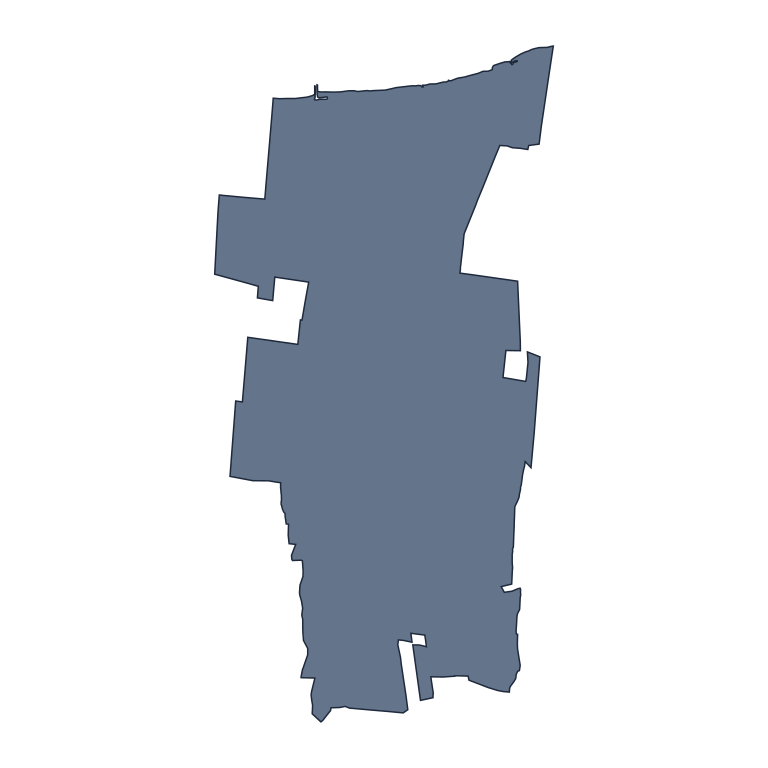 Yobaín, Yucatán, Mexico (Equal Earth projection)
{"feature_id": "50627088B68824645549174", "entity_name": "Yobaín", "entity_type": "district", "adm_level": 2, "iso_a3": "MEX", "parent_name": "Mexico", "parent_adm1": "Yucatán", "projection": "equal_earth", "projection_center": [-89.114, 21.287], "detail": "fine", "context": "isolated", "style": "filled", "palette": "slate", "viewbox_px": 768, "rotation_deg": 0, "n_neighbors": 0, "source": "geoboundaries", "source_scale": "gbopen_adm2", "svg_char_len": 4770}
<svg xmlns="http://www.w3.org/2000/svg" viewBox="0 0 768 768"><path d="M303.0,576.3L302.0,579.3L300.0,585.1L299.5,592.5L299.7,594.8L301.5,601.1L302.7,608.5L302.5,609.3L301.8,614.9L302.1,616.6L302.8,619.8L302.7,621.0L302.8,625.1L302.7,625.3L302.9,632.7L303.5,640.5L305.1,643.5L307.7,648.4L307.7,654.8L303.3,667.5L302.4,669.9L301.0,677.3L301.1,677.7L313.2,678.0L314.9,678.0L311.5,691.9L311.1,695.2L311.8,700.7L312.6,705.2L312.2,713.8L320.9,721.9L322.7,720.5L329.3,712.1L330.5,710.7L331.0,707.8L339.7,707.5L345.2,706.4L349.5,708.1L370.8,710.0L388.5,711.5L403.2,712.9L407.8,709.7L406.0,695.7L401.2,663.7L400.5,657.4L398.9,649.9L397.8,644.8L398.4,639.9L403.4,640.4L412.0,642.2L411.4,637.1L411.0,634.4L410.9,633.3L424.8,635.1L425.6,640.4L426.4,646.7L422.0,645.6L419.3,645.0L412.8,644.9L417.1,676.0L419.2,691.2L420.5,700.4L433.0,697.7L433.0,694.7L433.3,693.9L433.1,692.2L430.8,676.8L443.2,677.0L454.7,676.2L454.7,675.9L457.5,675.8L468.1,676.1L469.0,680.2L488.0,687.5L497.7,690.5L502.9,691.5L509.3,692.1L509.7,688.0L510.3,686.5L513.9,681.6L515.7,678.6L516.2,674.6L517.2,672.1L517.8,671.2L519.4,670.6L520.2,665.4L517.6,649.3L517.4,645.5L517.4,641.6L517.6,634.3L516.5,634.1L516.2,633.2L516.1,630.3L516.4,626.5L516.9,617.4L517.3,614.3L518.1,612.4L519.5,609.9L519.7,608.5L519.9,604.3L520.2,597.7L520.7,595.2L520.5,592.0L520.6,589.4L520.1,588.2L518.2,588.6L512.0,591.2L504.3,592.3L501.2,586.6L504.5,585.8L511.7,584.1L512.3,571.4L512.5,569.0L512.6,567.6L512.2,562.6L512.2,557.5L512.2,554.7L512.7,551.2L512.5,548.8L513.3,547.4L513.5,544.2L513.7,537.4L514.2,526.0L514.2,523.5L514.2,523.4L514.5,516.5L514.7,509.2L514.9,506.4L517.2,501.8L518.6,498.5L519.1,496.9L519.4,494.3L519.7,493.0L520.5,489.5L520.5,487.6L521.4,484.2L521.6,482.0L521.8,481.0L522.6,474.6L523.8,468.9L524.5,466.4L525.2,461.6L531.0,467.7L534.2,432.8L540.0,356.9L527.4,351.9L528.0,362.4L526.3,378.9L525.6,381.4L503.0,377.5L503.6,371.8L503.9,369.1L505.9,350.5L513.0,350.6L520.4,350.7L520.3,341.4L519.8,330.5L517.6,281.2L505.0,279.4L497.2,278.3L490.9,277.4L478.3,275.6L471.9,274.7L459.9,273.1L460.4,269.8L460.4,267.7L460.8,264.6L461.5,258.2L463.2,244.2L463.4,240.8L463.8,237.1L464.1,233.9L466.4,228.2L475.9,204.7L477.1,201.2L482.7,187.7L495.0,157.1L499.8,145.5L507.1,145.9L512.3,147.7L520.2,148.3L527.8,149.5L528.7,145.5L539.1,144.1L541.4,125.8L548.0,81.3L550.6,63.9L553.3,46.1L552.3,46.2L550.7,46.5L547.2,47.4L542.7,47.5L539.1,47.6L534.3,48.7L531.3,49.6L528.8,50.9L525.5,51.9L520.8,54.0L515.8,56.9L512.9,58.9L511.4,60.1L511.6,61.8L512.1,62.1L512.7,62.3L513.1,62.2L513.4,62.0L514.0,61.6L514.5,61.0L515.5,60.8L516.4,60.8L517.2,60.8L517.2,61.4L516.8,61.8L516.4,61.7L515.8,62.1L514.8,62.0L513.8,62.3L513.4,63.4L512.8,64.2L512.3,64.5L511.7,64.6L511.5,64.4L511.6,64.0L511.6,63.6L511.3,63.3L510.8,63.2L510.3,62.9L511.3,62.2L511.4,61.3L509.1,61.6L507.3,61.8L504.9,61.9L499.6,63.5L494.6,65.2L494.0,65.4L493.4,65.8L492.4,67.6L492.3,69.6L488.1,71.2L483.0,71.3L478.3,73.3L474.1,74.4L468.4,75.9L465.4,76.8L463.0,77.3L457.9,78.1L454.9,79.2L450.6,80.9L448.5,80.3L448.3,81.1L446.0,82.0L443.5,82.0L435.9,83.9L429.9,84.0L425.9,85.1L424.3,85.2L423.6,85.2L422.7,85.2L423.0,86.3L423.2,86.9L422.3,87.0L421.9,86.9L421.7,86.5L420.9,85.7L418.6,85.4L415.5,85.9L413.7,85.8L410.8,85.9L396.2,87.6L392.4,88.5L385.2,90.1L373.2,90.6L369.2,91.0L369.1,90.9L368.2,90.7L367.5,90.6L366.9,90.6L357.9,91.5L353.6,90.7L348.7,90.8L340.4,91.9L333.5,92.1L325.5,91.9L321.0,92.0L318.6,91.6L317.6,91.2L317.5,85.0L317.0,84.8L316.9,86.6L317.0,91.0L317.1,93.1L317.2,94.7L317.6,97.0L318.3,97.4L319.0,97.8L319.8,97.6L320.5,97.6L322.0,97.5L323.4,97.3L324.7,97.2L326.5,96.9L327.0,96.9L327.1,97.0L327.3,97.3L327.4,98.6L327.2,99.0L326.7,99.2L325.6,99.3L323.4,99.3L320.8,99.3L318.4,99.5L316.9,100.0L316.3,100.0L315.0,99.9L314.5,99.5L314.7,98.9L314.7,98.7L314.8,98.5L314.9,98.2L315.0,97.7L315.2,96.7L314.9,96.4L314.9,95.8L315.2,95.2L315.3,94.5L315.3,93.2L315.2,86.2L314.7,86.0L314.7,94.3L313.3,95.1L312.2,95.7L307.2,97.1L301.1,97.8L295.4,98.5L286.8,98.5L279.7,98.7L273.2,98.2L273.0,101.3L271.9,115.0L271.5,119.7L269.4,144.8L269.1,148.1L266.6,177.3L264.8,199.1L243.4,197.3L231.8,196.2L223.0,195.4L219.3,195.0L218.7,202.7L218.0,211.7L216.7,236.1L214.7,274.2L246.7,283.0L258.3,286.3L257.4,297.9L272.7,300.6L274.8,277.1L308.6,282.1L308.4,283.8L306.2,295.7L304.9,303.1L302.0,320.1L300.4,319.9L297.8,344.4L247.8,337.3L242.4,401.9L235.7,401.0L230.0,476.4L252.9,480.7L268.5,480.8L276.2,482.1L280.6,482.7L280.6,487.9L280.9,490.2L281.0,492.1L281.4,495.5L281.4,497.0L281.5,499.9L281.2,501.5L281.1,504.2L281.7,506.0L282.3,508.6L283.6,511.8L285.0,513.5L285.2,517.1L285.4,518.3L286.2,523.9L288.5,524.2L288.2,535.2L289.1,543.7L295.7,544.4L291.5,555.3L291.8,559.3L292.5,560.5L301.1,560.2L301.7,560.5L302.4,560.8L303.1,570.8L303.0,576.3Z" fill="#64748b" stroke="#1e293b" stroke-width="1.5"/></svg>